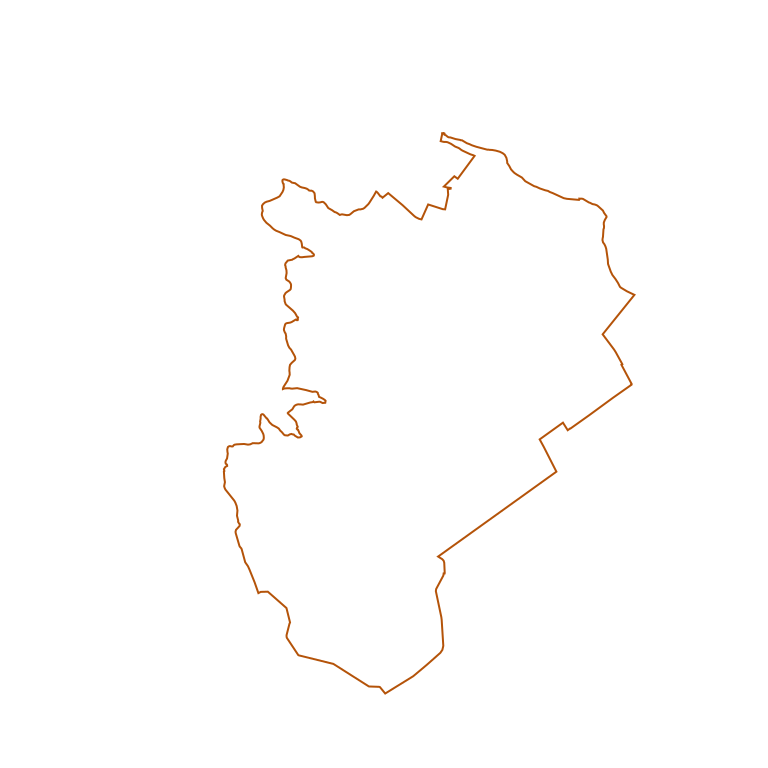 outline of Tuzla, Constanta, Romania, rotated 306°
{"feature_id": "2599482B16901594770038", "entity_name": "Tuzla", "entity_type": "district", "adm_level": 2, "iso_a3": "ROU", "parent_name": "Romania", "parent_adm1": "Constanta", "projection": "natural_earth1", "projection_center": [28.608, 44.001], "detail": "fine", "context": "isolated", "style": "outline", "palette": "amber", "viewbox_px": 768, "rotation_deg": 306, "n_neighbors": 0, "source": "geoboundaries", "source_scale": "gbopen_adm2", "svg_char_len": 6142}
<svg xmlns="http://www.w3.org/2000/svg" viewBox="0 0 768 768"><g transform="rotate(306 384 384)"><path d="M603.3,534.2L601.8,526.1L601.2,519.2L601.3,517.8L603.3,513.9L605.0,509.5L606.4,504.8L608.2,501.4L612.8,494.7L616.2,491.9L624.0,484.3L625.4,482.4L626.6,480.2L627.3,478.0L628.9,476.1L630.5,475.2L631.7,474.7L638.2,470.6L639.4,470.3L641.1,469.2L642.4,467.9L643.9,466.9L646.6,466.2L649.9,465.9L650.5,465.4L651.8,461.4L653.0,459.2L653.7,452.7L653.7,451.1L653.1,449.0L652.1,446.9L651.7,444.2L651.3,443.0L650.7,436.2L650.2,435.1L648.8,433.1L648.3,433.6L647.6,433.6L641.3,423.1L640.0,420.2L637.6,408.2L636.8,405.3L636.6,403.2L635.5,400.6L633.8,395.1L633.1,391.4L632.3,389.2L631.1,379.1L632.1,374.2L631.5,368.6L631.4,365.5L631.7,363.4L632.3,360.6L634.0,357.2L635.2,353.8L636.5,352.8L638.9,350.1L640.4,346.9L640.5,344.4L640.0,341.3L638.5,337.2L636.8,333.7L635.6,332.0L634.8,330.4L634.3,329.9L630.2,319.3L628.8,314.8L628.3,312.2L627.5,309.5L627.0,303.8L626.3,302.8L626.3,302.3L624.2,297.9L622.5,292.8L621.6,291.3L621.4,290.1L621.6,288.0L621.2,286.4L621.3,286.0L622.2,285.7L622.1,284.7L621.0,283.6L620.3,284.2L613.8,287.1L614.9,289.9L616.4,292.1L617.0,293.4L617.7,297.1L617.9,302.0L618.7,305.2L618.9,306.6L618.8,308.2L618.9,310.1L620.6,318.9L621.6,321.9L621.8,323.2L593.4,323.0L593.4,318.8L578.9,316.4L580.0,319.3L581.8,322.7L581.2,323.1L579.1,321.1L574.8,324.7L561.2,330.8L560.0,328.8L555.2,314.2L539.2,317.6L538.2,315.2L537.6,311.5L537.7,309.5L539.6,293.9L540.9,275.2L533.8,273.3L534.2,271.8L533.7,270.8L534.9,266.8L535.2,264.9L535.1,264.5L530.2,265.1L522.2,265.6L520.3,265.6L515.0,264.7L513.5,264.1L511.5,262.4L510.4,260.9L506.1,258.1L501.7,257.0L500.4,256.5L498.8,254.8L496.7,250.5L496.1,249.8L494.8,248.9L494.8,245.8L494.5,243.9L494.1,243.0L494.1,239.9L493.6,235.5L495.2,231.2L495.6,228.3L495.3,227.4L494.9,226.8L493.3,225.5L492.2,224.2L491.5,222.9L491.2,222.3L491.3,221.7L493.6,219.0L495.4,217.6L497.5,215.7L498.1,213.5L498.0,212.5L497.7,211.5L497.0,210.7L496.5,209.5L496.7,208.7L496.6,206.7L496.0,204.8L494.7,201.9L494.2,200.0L494.2,194.1L492.8,191.1L492.9,189.0L492.7,187.8L492.2,186.8L492.0,185.7L491.1,183.3L490.4,182.4L489.6,182.0L488.6,182.4L488.1,182.9L487.3,183.8L486.6,185.1L486.7,185.4L485.9,185.9L484.2,187.4L481.9,188.5L479.7,189.0L474.5,189.2L472.1,188.1L466.8,185.0L464.8,183.8L462.5,181.9L460.7,180.9L458.4,180.4L456.6,180.5L454.8,181.9L452.7,184.2L451.3,184.5L449.6,185.3L448.7,186.1L448.0,187.1L446.9,188.9L446.2,190.5L445.3,194.1L445.1,198.6L444.5,202.4L444.4,204.5L444.6,206.7L445.5,210.2L446.6,215.9L446.8,216.9L448.6,220.9L449.0,222.1L449.7,225.4L451.0,229.9L451.0,231.1L451.0,232.3L450.5,233.4L449.2,235.0L446.7,237.3L446.5,237.8L447.5,239.1L447.5,240.5L448.1,242.7L448.3,245.9L448.3,248.0L447.9,248.7L447.9,250.0L447.6,251.1L447.2,251.5L446.4,251.7L445.1,250.8L440.1,245.0L438.3,243.1L437.2,241.4L437.0,240.4L437.3,239.4L432.7,237.7L431.8,237.1L430.6,236.7L427.3,233.6L423.8,233.4L422.6,233.8L421.8,234.4L421.5,235.1L420.4,236.0L418.7,238.2L416.5,240.0L411.9,242.2L411.0,243.7L411.2,247.1L410.8,248.5L410.2,249.8L409.5,250.6L407.7,251.8L406.0,252.7L404.7,252.6L400.9,251.2L399.6,250.9L396.9,251.2L396.0,251.7L393.8,254.0L392.6,254.9L390.9,257.3L390.6,258.2L389.8,267.3L389.1,270.4L387.3,274.3L387.4,275.3L387.2,275.5L385.4,276.0L385.6,276.3L385.3,276.6L384.9,276.6L384.4,276.0L384.4,275.6L384.6,275.2L384.4,274.8L379.9,272.9L378.5,272.0L376.1,269.6L375.0,269.0L374.1,269.0L370.6,270.3L369.4,270.9L368.7,271.5L367.3,273.7L367.1,274.6L366.6,275.2L365.1,276.8L363.1,278.2L358.9,283.7L357.7,286.1L357.2,288.6L354.5,294.5L353.8,295.9L352.4,297.4L351.1,297.8L346.8,296.9L344.3,296.7L342.1,297.7L339.0,299.7L337.9,300.8L336.0,302.3L329.9,304.0L322.7,304.4L320.9,304.9L320.5,305.2L321.8,306.0L323.4,307.9L325.0,310.0L325.6,311.4L326.3,312.5L329.6,316.2L333.3,324.6L335.6,330.7L337.5,332.8L337.8,333.5L338.0,334.5L338.0,335.5L337.2,336.3L336.7,337.4L335.4,339.1L335.8,340.6L336.2,343.2L336.3,345.3L336.1,346.6L334.3,347.5L332.5,345.5L332.1,343.0L331.7,342.1L328.3,338.5L328.2,337.9L328.4,337.2L327.5,337.0L325.7,335.2L319.7,330.6L318.4,328.4L317.0,326.4L315.7,325.3L314.2,324.6L313.1,324.4L309.7,324.7L304.5,323.2L303.9,323.2L303.6,323.8L302.4,332.6L301.9,334.8L300.7,336.5L299.9,337.2L298.6,339.4L297.6,339.3L296.5,339.7L296.2,340.9L296.5,341.3L294.5,344.5L293.8,347.6L293.2,348.2L291.6,347.5L291.1,347.0L290.1,345.8L289.8,342.3L290.1,340.6L289.5,339.7L289.2,338.5L287.9,337.4L285.8,336.5L284.3,334.0L284.2,332.8L285.0,329.8L285.3,327.4L286.1,325.1L286.0,322.8L285.2,317.7L285.7,313.9L286.9,311.0L287.1,310.2L287.4,309.8L287.2,309.2L288.4,304.6L288.3,303.7L287.9,303.1L287.3,302.8L286.7,302.7L284.8,303.5L283.7,304.4L280.7,305.9L279.9,306.8L276.5,308.2L275.5,309.0L274.2,312.6L272.6,315.7L271.5,317.0L269.7,318.5L268.2,319.2L265.0,319.1L263.5,318.4L262.4,317.6L259.0,312.6L256.5,311.2L255.0,309.6L253.2,306.0L248.6,300.3L247.1,298.8L246.2,298.4L244.6,298.3L244.0,297.6L243.2,295.8L242.1,295.0L241.2,294.8L239.0,295.6L237.0,297.3L235.9,298.5L231.5,300.8L229.0,301.1L227.7,301.6L226.9,302.3L226.5,302.9L226.5,304.1L226.3,304.6L225.5,305.3L223.7,304.4L221.1,304.5L220.9,304.9L220.5,305.0L219.8,306.0L219.1,305.9L214.0,310.1L211.1,313.0L207.4,314.7L206.3,316.1L205.4,317.7L201.6,331.5L200.7,333.4L198.7,336.5L195.5,339.8L191.0,342.5L187.9,346.2L186.7,347.0L186.7,347.3L185.9,348.7L185.8,349.7L185.3,350.1L184.2,350.6L179.0,350.0L177.1,350.8L176.1,351.8L168.2,362.0L167.7,362.8L167.1,365.3L166.5,366.2L158.2,376.5L156.6,381.1L154.7,384.4L147.5,395.9L141.0,405.3L143.4,406.5L147.7,412.1L145.4,436.8L135.8,448.2L134.6,448.4L123.5,452.8L122.1,453.9L121.5,454.7L114.3,474.0L114.4,474.6L127.8,507.6L130.4,549.2L130.5,549.7L136.1,558.0L136.4,558.9L134.3,566.9L164.8,579.4L182.0,583.7L199.6,587.6L203.2,587.5L207.0,585.9L227.2,569.2L229.1,567.4L246.9,547.7L248.8,546.7L263.9,544.6L265.8,543.6L266.3,544.4L266.8,544.2L274.8,537.8L276.1,536.1L276.5,534.1L276.2,529.2L414.4,575.0L427.0,550.3L430.7,542.5L457.9,551.5L454.6,559.8L457.4,560.7L457.5,561.0L478.9,568.2L507.6,577.4L528.7,584.6L529.0,584.1L529.6,584.3L539.1,564.8L540.1,565.2L545.9,552.9L547.1,549.9L552.7,531.7L603.3,534.2Z" fill="none" stroke="#b45309" stroke-width="2"/></g></svg>